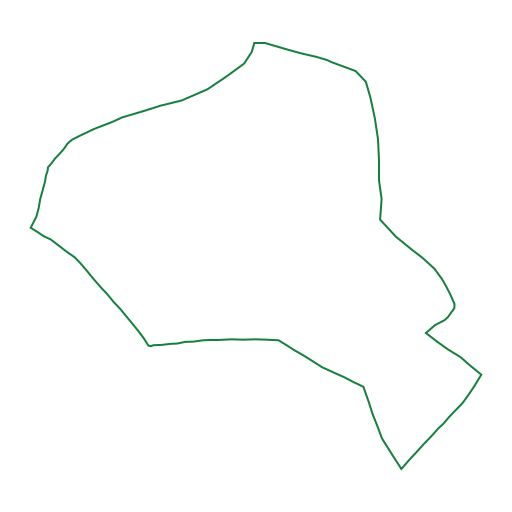 outline of Al-Basrah, Al-Basrah, Iraq
{"feature_id": "34846034B27642135170661", "entity_name": "Al-Basrah", "entity_type": "district", "adm_level": 2, "iso_a3": "IRQ", "parent_name": "Iraq", "parent_adm1": "Al-Basrah", "projection": "albers", "projection_center": [47.628, 30.554], "detail": "fine", "context": "isolated", "style": "outline", "palette": "green", "viewbox_px": 512, "rotation_deg": 0, "n_neighbors": 0, "source": "geoboundaries", "source_scale": "gbopen_adm2", "svg_char_len": 1644}
<svg xmlns="http://www.w3.org/2000/svg" viewBox="0 0 512 512"><path d="M454.3,308.3L454.5,303.9L450.0,293.8L446.3,286.7L442.3,279.6L434.6,268.9L422.1,257.5L412.9,250.5L404.4,243.6L395.8,236.6L380.1,219.6L381.6,199.0L379.0,180.3L379.0,160.3L378.0,139.2L374.9,118.6L370.4,97.5L365.8,81.7L355.7,71.1L332.0,62.3L326.9,60.0L316.9,57.0L301.7,53.5L291.1,50.6L283.8,48.5L281.0,47.7L264.9,43.0L254.3,43.0L251.8,51.8L244.2,63.5L226.6,76.4L207.4,89.3L181.6,100.5L160.4,105.7L153.6,107.9L143.8,111.0L122.1,117.4L112.6,121.8L94.0,129.0L80.1,135.6L71.9,139.8L67.6,143.5L63.5,149.4L59.1,154.3L55.2,158.3L51.6,163.2L47.9,167.4L47.7,170.4L45.9,176.0L45.0,181.6L42.5,190.8L40.2,199.1L38.7,208.0L36.4,216.6L30.7,227.8L37.2,231.8L43.5,236.1L50.6,239.4L59.7,246.3L63.5,249.3L67.9,252.6L74.7,257.3L80.1,262.9L86.6,270.5L93.4,278.8L101.4,288.0L107.4,294.3L113.3,301.6L120.1,308.8L126.1,316.1L132.6,324.0L138.3,331.0L144.0,338.6L148.3,345.5L150.8,346.2L153.4,345.2L161.6,344.9L170.2,343.9L173.6,343.7L177.0,343.6L185.0,341.9L193.8,341.6L202.9,340.3L210.3,340.0L218.0,340.0L231.9,339.3L242.7,339.7L256.1,339.3L266.6,339.7L278.6,340.3L287.7,345.9L294.8,350.5L303.1,355.2L313.6,361.8L322.4,367.4L333.2,372.3L343.5,376.9L352.3,381.5L363.4,386.8L368.8,402.2L372.3,413.3L378.0,427.7L381.9,438.3L386.6,445.8L392.8,455.7L401.4,469.0L403.1,467.0L409.3,459.8L417.2,451.4L423.6,444.2L430.6,437.0L436.2,430.8L438.3,428.4L443.2,423.9L449.2,416.9L455.8,410.0L462.6,403.0L469.0,394.1L474.5,385.9L481.3,374.7L469.6,365.1L460.5,357.1L448.4,349.7L437.3,341.8L425.9,333.0L427.2,331.9L435.0,325.1L444.5,320.2L447.9,317.1L454.3,308.3Z" fill="none" stroke="#15803d" stroke-width="2"/></svg>